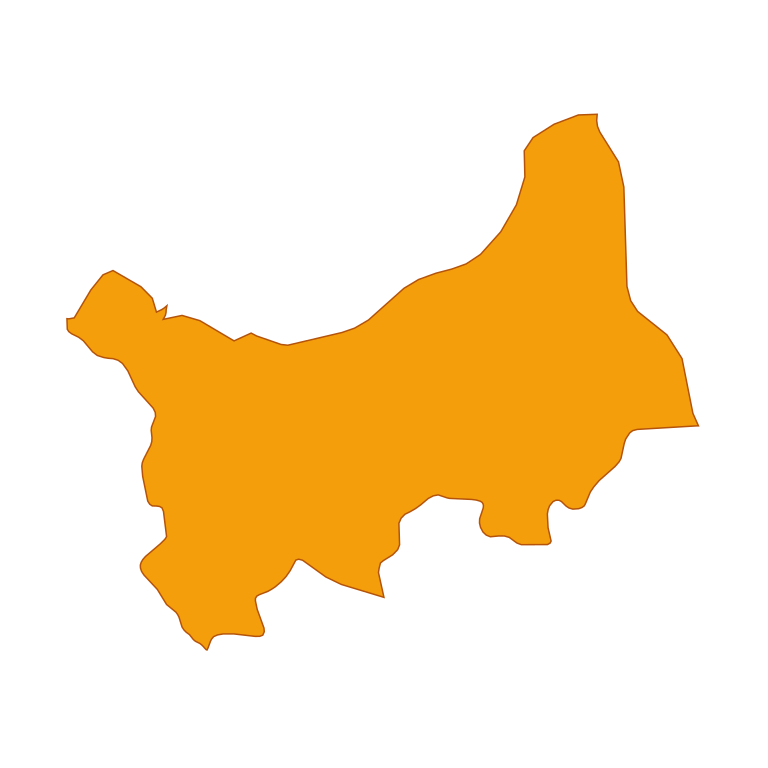 Shirak, Albers equal-area conic projection, rotated 80°
{"feature_id": "ARM-1555", "entity_name": "Shirak", "entity_type": "Province", "adm_level": 1, "iso_a3": "ARM", "parent_name": "Armenia", "parent_adm1": "", "projection": "albers", "projection_center": [43.928, 40.787], "detail": "fine", "context": "isolated", "style": "filled", "palette": "amber", "viewbox_px": 768, "rotation_deg": 80, "n_neighbors": 0, "source": "natural_earth", "source_scale": "10m", "svg_char_len": 2673}
<svg xmlns="http://www.w3.org/2000/svg" viewBox="0 0 768 768"><g transform="rotate(80 384 384)"><path d="M330.1,127.8L344.8,126.6L356.6,121.6L384.8,96.8L410.7,86.1L466.5,84.9L479.8,81.6L479.6,82.7L472.7,142.5L473.1,147.2L474.9,150.6L480.1,155.5L484.4,157.8L498.4,163.5L501.4,165.9L505.2,170.6L516.4,188.8L521.5,195.0L526.1,199.5L537.1,206.6L538.8,208.0L540.0,210.5L540.6,213.9L540.0,219.8L538.2,223.4L535.8,225.9L530.5,229.7L528.9,231.8L528.3,234.9L529.2,238.0L532.6,242.0L536.2,244.2L540.4,245.7L554.0,247.4L567.7,246.7L569.5,248.0L570.5,250.9L566.1,276.6L563.7,280.7L556.8,287.3L554.6,291.8L553.6,297.2L552.9,305.8L550.5,309.6L547.0,312.2L542.1,313.8L537.5,314.1L533.3,313.2L523.5,307.9L521.1,307.2L519.2,307.3L517.7,307.9L516.8,308.8L516.1,309.6L514.3,313.3L512.9,317.7L508.0,339.4L507.1,341.6L502.6,349.9L502.7,354.9L504.4,360.3L509.3,368.7L512.2,374.7L514.4,380.8L515.9,386.0L519.1,390.4L523.7,393.5L545.1,396.6L549.5,399.3L553.7,405.1L557.8,415.3L559.7,418.6L564.6,420.8L568.7,422.2L594.1,421.1L574.0,460.8L564.0,474.7L543.4,494.8L541.7,498.5L542.1,501.4L551.5,508.8L556.8,514.1L561.0,519.7L564.9,526.4L566.5,530.1L568.0,534.2L569.8,543.3L570.8,546.1L572.7,547.8L575.3,548.3L584.0,548.0L603.5,544.6L607.1,544.9L610.3,547.0L610.9,550.2L610.2,554.6L604.1,575.1L602.2,585.9L602.2,591.5L603.2,595.6L605.0,597.8L606.8,599.3L613.3,603.1L615.2,604.5L614.6,605.4L610.1,608.2L607.7,610.2L604.6,614.4L602.6,616.1L597.0,619.1L594.1,621.9L591.5,623.7L588.2,625.1L577.9,626.4L575.1,627.3L572.6,628.5L563.4,636.4L546.9,642.9L530.4,653.6L526.4,655.3L522.9,655.8L520.0,655.4L517.3,654.0L514.9,651.9L512.4,648.8L502.6,632.1L499.0,626.9L497.7,625.6L496.5,624.6L471.2,623.3L467.5,624.1L465.7,626.1L464.7,629.1L463.8,633.4L461.7,635.6L458.3,637.0L433.0,637.7L422.9,636.8L419.8,635.8L416.5,633.9L403.9,624.4L400.4,622.7L396.6,621.8L389.1,621.3L386.0,620.4L376.3,614.6L372.2,614.2L367.5,615.6L349.0,627.2L343.6,629.5L326.6,634.0L318.3,638.0L314.4,641.8L312.0,646.4L310.8,651.0L309.3,655.3L306.1,661.4L301.7,665.4L289.2,672.6L284.9,676.6L280.3,682.9L277.7,685.3L275.1,686.4L264.6,684.9L265.1,683.1L265.1,677.6L240.5,656.4L227.7,641.8L225.2,631.2L246.1,606.4L259.3,597.3L273.7,595.6L272.1,589.9L271.1,587.5L269.2,584.2L272.9,585.6L275.6,586.2L278.3,587.3L282.0,590.2L281.4,571.0L289.6,554.4L315.5,524.2L310.8,506.0L314.6,501.1L327.2,478.5L329.1,472.0L326.0,416.5L323.9,403.3L318.3,388.2L293.2,347.7L287.1,331.8L283.9,313.6L282.6,297.5L280.0,282.2L273.1,266.4L254.3,242.5L230.5,222.5L204.5,209.3L178.7,205.4L167.2,194.4L157.7,171.4L152.8,145.9L155.4,127.2L161.5,128.8L167.4,129.0L173.4,127.7L206.0,114.5L231.7,113.6L330.1,127.8Z" fill="#f59e0b" stroke="#b45309" stroke-width="1.5"/></g></svg>